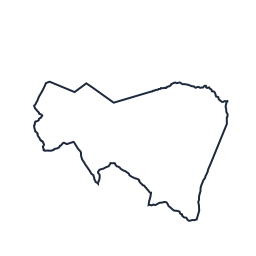 outline of Yamaranguila, Intibucá, Honduras, rotated 290°
{"feature_id": "27666195B33223985620442", "entity_name": "Yamaranguila", "entity_type": "district", "adm_level": 2, "iso_a3": "HND", "parent_name": "Honduras", "parent_adm1": "Intibucá", "projection": "natural_earth1", "projection_center": [-88.263, 14.28], "detail": "fine", "context": "isolated", "style": "outline", "palette": "slate", "viewbox_px": 256, "rotation_deg": 290, "n_neighbors": 0, "source": "geoboundaries", "source_scale": "gbopen_adm2", "svg_char_len": 5635}
<svg xmlns="http://www.w3.org/2000/svg" viewBox="0 0 256 256"><g transform="rotate(290 128 128)"><path d="M146.9,105.9L153.7,81.5L155.7,73.6L143.5,65.5L144.7,38.5L142.1,35.5L138.9,35.4L133.5,34.8L127.0,33.6L122.5,33.5L121.8,33.4L121.0,33.2L120.3,33.1L118.9,33.0L117.2,32.4L116.6,32.2L116.3,32.6L115.0,33.7L114.5,34.1L114.2,34.7L114.0,35.4L112.9,37.0L112.0,39.1L111.8,39.3L111.4,39.5L111.0,39.7L111.0,40.2L111.0,41.7L110.7,42.7L110.3,43.2L110.1,43.2L108.9,42.8L108.1,42.7L107.2,42.1L107.0,41.7L106.1,41.2L105.0,41.4L104.8,41.4L104.6,41.3L104.0,40.9L103.2,40.1L102.5,38.9L102.2,38.7L101.8,38.7L100.9,38.9L100.7,38.8L99.6,39.1L98.9,39.2L98.6,39.1L98.3,39.0L98.2,38.9L97.0,39.5L96.7,39.6L95.6,40.3L94.6,41.0L93.7,41.8L93.3,41.9L93.1,42.1L92.9,42.4L92.9,42.8L92.7,43.3L92.0,44.9L90.6,45.4L90.0,45.8L89.3,46.7L87.9,48.7L87.3,49.1L86.8,49.6L86.7,50.0L86.8,50.3L86.7,50.6L86.2,50.9L86.0,51.2L86.0,51.4L86.2,51.7L86.3,51.9L86.3,52.2L86.2,52.4L85.2,53.4L84.6,53.8L84.0,54.6L83.6,54.8L83.1,54.8L82.2,54.6L81.6,54.4L81.3,54.4L80.6,54.8L79.2,56.2L78.8,56.4L78.4,56.2L78.3,56.3L78.2,56.8L78.2,57.5L78.4,57.7L78.7,58.9L79.4,60.3L79.5,60.6L79.6,61.4L80.3,63.2L80.7,64.1L81.3,64.6L81.5,65.1L81.9,65.6L82.4,65.8L83.0,65.9L84.3,67.8L84.5,68.3L84.7,68.5L85.1,68.8L86.3,70.0L86.5,70.0L87.5,70.0L87.9,70.1L88.2,70.4L88.5,70.8L88.8,71.1L89.7,71.3L91.2,71.9L92.1,72.5L92.2,73.1L92.1,74.8L91.9,76.0L96.3,81.5L96.1,82.1L95.6,82.9L94.7,83.9L92.6,86.6L91.8,87.5L90.7,89.4L90.1,90.6L89.1,92.0L88.4,92.4L86.9,92.9L85.4,93.7L84.6,94.3L83.6,95.0L82.9,95.6L82.4,96.2L81.9,96.7L81.3,97.7L80.7,98.5L80.3,99.0L79.4,99.9L77.7,102.4L74.9,106.3L73.7,107.9L72.8,108.8L72.4,109.5L71.8,111.7L70.8,112.2L69.4,113.5L68.8,113.6L68.4,113.8L67.4,115.0L66.7,115.7L66.4,115.9L66.2,116.1L66.0,117.4L65.9,118.1L65.5,118.8L66.1,118.6L66.6,118.6L67.7,118.7L68.1,118.6L68.7,118.6L69.3,118.7L70.7,118.5L72.1,118.2L73.9,117.5L74.5,117.1L74.8,116.8L75.5,115.4L75.7,115.2L76.0,115.0L76.5,114.9L77.0,114.9L78.7,115.4L79.1,115.6L79.8,116.5L81.5,118.9L82.0,119.3L83.6,120.7L84.9,122.3L85.3,122.7L85.7,123.0L86.3,123.2L87.3,123.3L88.3,123.6L89.0,123.6L90.4,127.7L90.2,127.9L89.7,128.3L89.4,128.5L88.8,129.4L88.4,130.2L88.2,130.9L88.3,131.9L88.2,133.1L88.0,133.7L87.6,134.3L87.4,134.7L87.0,135.6L86.8,136.4L86.6,137.4L86.5,138.6L86.5,139.1L86.5,139.9L86.5,140.3L86.0,142.1L85.6,143.7L85.4,144.3L85.0,144.8L84.8,145.0L84.4,145.2L84.3,145.3L84.0,145.8L83.9,146.2L83.5,148.2L83.1,151.4L83.1,151.9L83.3,153.0L83.3,153.7L83.2,155.3L83.0,156.1L82.9,156.3L82.7,156.5L82.3,156.4L82.1,156.5L81.7,156.9L81.3,157.5L80.5,158.8L80.0,160.3L79.4,161.0L79.3,161.3L79.3,161.5L79.4,162.1L79.5,162.3L79.4,162.6L79.3,162.9L78.9,163.7L78.2,164.6L78.1,165.0L78.0,165.5L77.8,165.7L77.6,166.0L77.1,166.6L76.1,168.7L75.5,169.4L75.2,170.0L74.9,170.6L74.8,171.1L74.7,171.5L74.9,171.8L71.5,172.5L68.7,172.8L66.5,172.9L62.7,173.7L62.9,173.9L63.1,174.2L63.3,175.5L63.4,176.5L63.4,176.8L64.1,177.3L64.5,177.8L64.7,178.0L64.8,178.9L64.8,179.6L64.9,179.9L65.4,180.5L68.2,182.9L68.5,183.3L69.1,184.4L69.4,185.3L70.9,187.4L71.1,188.1L71.3,188.8L71.2,189.3L71.1,189.8L71.0,190.2L70.7,190.6L70.4,191.0L68.9,192.4L68.7,192.6L68.3,193.5L67.8,195.0L66.3,198.8L66.2,199.1L66.2,199.4L66.4,200.5L66.8,201.8L67.1,204.3L67.1,205.0L66.9,205.2L65.7,206.0L65.5,206.3L65.3,206.9L65.4,207.9L65.3,208.2L65.3,208.4L65.1,208.5L64.8,208.5L64.6,208.5L64.2,208.8L64.0,209.0L63.8,209.8L63.4,210.6L63.2,211.2L63.2,211.7L63.6,213.2L63.6,213.5L63.3,214.0L62.0,215.5L61.9,215.8L61.8,216.2L61.7,217.2L61.8,217.5L62.0,217.8L62.3,218.3L63.1,219.2L63.6,220.0L63.7,220.3L63.8,220.8L63.9,221.2L64.1,221.8L64.2,222.2L64.4,222.4L65.1,223.0L65.3,223.3L65.5,223.8L74.6,223.2L79.4,221.2L82.6,219.3L84.5,219.3L85.7,219.0L88.2,218.1L91.7,217.8L93.6,217.7L95.8,216.9L98.2,216.5L104.8,216.7L107.2,217.4L109.2,217.3L113.7,217.8L116.6,217.5L123.6,217.9L165.7,219.5L171.8,217.2L172.1,217.5L172.3,217.6L173.2,217.4L174.7,217.0L175.4,216.5L176.2,215.4L176.8,214.9L178.2,214.3L179.5,213.7L180.3,213.2L181.0,212.6L181.3,212.5L182.5,212.2L184.0,212.0L185.9,211.9L186.5,212.1L187.0,212.3L187.2,212.2L186.9,211.8L186.7,211.0L186.2,209.6L185.1,208.4L184.9,208.1L184.7,207.5L184.8,206.9L185.5,204.9L185.7,204.2L185.8,204.0L186.0,203.8L186.1,203.5L186.3,203.2L187.5,202.6L187.8,202.3L187.9,202.1L187.9,201.7L187.7,200.3L187.7,200.1L188.8,199.2L189.8,198.5L190.5,197.9L191.1,197.3L191.5,196.6L191.6,196.3L191.6,195.8L191.5,195.3L191.2,194.7L191.2,194.4L191.6,193.9L192.3,193.5L192.6,193.2L192.8,192.7L192.9,191.9L193.0,191.3L193.3,190.9L193.8,190.6L193.9,190.3L193.8,190.1L192.8,188.8L192.7,188.5L192.7,188.1L193.1,187.4L193.5,187.3L194.0,187.1L194.2,186.8L194.3,186.5L194.1,186.0L193.8,185.5L193.4,185.3L191.8,184.8L191.7,184.6L191.4,183.6L191.1,183.1L190.7,182.6L190.5,182.3L190.5,181.6L190.7,180.5L190.6,180.1L190.6,179.8L190.2,179.2L189.2,178.1L189.0,177.7L189.0,177.2L189.5,176.1L189.5,175.9L189.5,175.1L189.2,174.2L189.1,173.3L189.2,170.1L188.7,166.7L188.5,166.0L188.0,164.8L187.9,164.2L188.0,163.3L188.5,161.5L188.5,161.2L188.4,160.9L188.2,160.5L187.4,159.5L186.9,158.7L186.8,158.2L186.9,156.9L186.0,155.6L184.2,153.9L184.1,153.7L182.7,153.6L182.1,153.0L181.4,152.7L181.2,152.4L181.0,151.8L180.2,151.1L180.1,150.9L180.0,150.6L179.9,150.5L179.5,150.3L178.9,150.3L178.6,150.1L178.4,149.8L178.4,149.1L178.0,148.3L177.5,147.3L177.0,146.5L176.8,145.5L176.8,145.3L176.6,145.2L176.3,145.1L175.8,145.0L175.4,144.3L175.2,143.8L175.1,143.4L174.3,143.0L174.1,142.8L173.8,142.4L173.5,141.6L173.3,141.2L173.1,140.9L172.6,140.5L172.3,140.2L172.0,139.8L171.8,139.2L171.5,138.8L171.3,138.6L171.0,138.6L170.7,138.4L170.3,137.5L146.9,105.9Z" fill="none" stroke="#1e293b" stroke-width="2"/></g></svg>